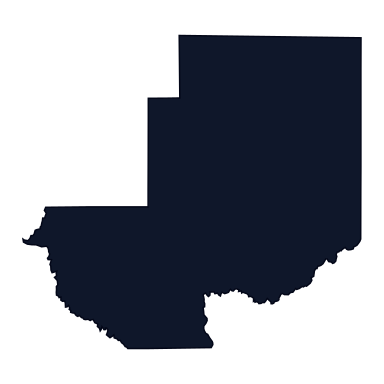 Cacoal, Rondônia, Brazil
{"feature_id": "56859067B12179645667792", "entity_name": "Cacoal", "entity_type": "district", "adm_level": 2, "iso_a3": "BRA", "parent_name": "Brazil", "parent_adm1": "Rondônia", "projection": "natural_earth1", "projection_center": [-61.428, -11.303], "detail": "fine", "context": "isolated", "style": "filled", "palette": "ink", "viewbox_px": 384, "rotation_deg": 0, "n_neighbors": 0, "source": "geoboundaries", "source_scale": "gbopen_adm2", "svg_char_len": 3180}
<svg xmlns="http://www.w3.org/2000/svg" viewBox="0 0 384 384"><path d="M361.0,37.8L203.0,35.8L179.2,35.5L179.8,98.0L166.5,98.2L148.3,98.3L148.3,117.5L148.2,164.9L148.1,190.9L148.1,206.9L125.8,206.9L117.9,206.9L110.3,206.9L95.0,206.9L87.5,206.9L45.7,207.3L44.4,210.4L46.3,213.3L45.2,216.2L44.7,218.1L42.7,218.1L42.4,220.9L41.8,222.9L41.2,226.0L40.2,227.2L40.4,228.8L36.6,229.7L35.2,230.3L34.6,232.4L34.1,234.2L32.8,235.6L31.0,235.6L30.1,238.2L29.2,239.4L27.9,240.7L26.4,240.4L24.4,240.1L23.0,239.1L23.5,242.1L25.0,242.9L27.3,244.1L31.7,244.7L36.1,244.8L39.8,246.1L41.6,246.8L46.6,246.2L47.9,247.7L48.6,249.9L48.7,251.7L49.7,254.0L48.9,256.5L47.5,258.2L48.1,259.6L51.5,259.7L50.0,264.5L50.8,266.1L51.0,270.1L52.1,272.7L56.8,271.2L56.2,273.2L56.6,275.7L54.5,277.4L57.3,280.5L57.8,284.9L56.4,286.5L56.5,289.8L56.3,292.3L56.5,295.1L58.5,296.1L59.1,297.6L60.9,297.1L60.9,300.2L62.6,301.3L64.7,301.0L65.3,303.1L65.5,307.1L67.0,306.9L68.5,305.4L69.8,308.1L69.2,309.3L70.8,310.6L70.7,312.3L72.6,312.9L74.7,313.2L75.4,314.6L76.6,315.8L77.9,316.4L79.1,315.3L81.6,317.6L82.9,317.9L83.7,319.1L85.2,319.6L88.2,319.3L90.2,320.5L91.3,319.8L93.2,319.5L94.0,321.2L94.8,322.7L97.8,324.0L97.4,326.5L99.5,328.3L100.2,330.9L101.1,329.6L101.9,326.6L104.0,329.7L105.7,329.5L105.4,328.1L106.7,328.1L108.0,329.7L107.5,332.1L106.5,334.8L110.0,337.7L112.2,336.3L113.8,335.0L114.2,337.9L117.0,338.8L118.3,340.4L120.3,340.4L121.6,342.7L123.6,344.2L125.2,346.6L126.6,347.0L127.8,348.5L148.4,348.5L175.2,348.1L211.2,347.6L212.8,344.7L212.7,342.9L212.2,341.5L209.5,337.7L207.7,334.4L205.7,333.3L204.2,330.5L203.7,328.4L203.8,326.0L205.8,323.4L207.1,320.6L207.0,318.4L205.7,316.9L203.9,314.8L203.6,311.1L203.1,307.4L204.6,306.8L204.7,303.7L204.0,301.7L204.1,299.3L203.7,297.0L203.1,295.0L204.3,293.7L205.6,293.1L207.1,295.2L208.4,296.5L209.8,295.4L210.0,293.8L209.9,292.1L211.9,292.0L213.9,291.9L214.9,293.7L217.5,293.1L219.0,295.2L220.4,296.0L221.1,293.6L222.1,292.3L223.3,292.9L224.7,293.6L227.0,292.9L228.5,292.3L229.4,290.7L230.5,289.3L232.0,290.8L233.3,291.0L234.8,289.3L236.2,288.7L237.6,289.3L238.9,289.7L238.6,291.5L241.2,290.9L241.7,293.0L242.9,292.2L244.3,292.8L247.0,293.7L248.2,294.8L248.7,296.7L251.0,296.4L253.6,298.2L253.5,301.3L254.7,300.5L255.0,302.2L256.4,301.7L258.1,302.3L258.9,303.6L261.0,303.4L262.4,302.5L264.3,302.6L265.4,301.4L267.3,298.5L268.9,300.1L270.9,301.9L271.1,303.7L272.4,303.8L273.8,303.1L274.4,301.7L277.8,300.8L278.9,299.7L278.9,297.9L280.0,296.2L280.8,294.3L282.5,293.5L284.4,294.6L286.2,294.6L288.3,294.7L290.5,292.5L292.9,292.2L294.7,289.8L295.7,288.5L296.7,289.4L299.3,288.5L302.1,286.5L303.4,286.9L305.1,285.8L306.5,286.2L310.2,283.2L311.8,280.4L311.2,277.7L313.7,276.3L314.4,271.0L315.6,268.7L317.0,268.6L317.8,266.2L319.6,265.9L321.1,265.2L323.0,263.7L324.6,261.1L325.7,259.0L327.1,258.9L328.7,261.6L331.4,262.1L332.6,263.4L334.2,262.8L335.8,261.0L336.0,259.5L336.8,256.4L336.1,254.5L337.1,252.1L338.8,251.9L339.6,250.7L341.2,250.8L342.0,249.6L345.2,247.4L346.6,249.2L348.1,249.9L351.0,249.6L353.3,248.8L353.5,247.1L356.9,245.3L358.3,243.5L359.9,241.2L360.7,239.1L360.8,189.0L360.9,167.0L360.9,68.6L361.0,37.8Z" fill="#0f172a" stroke="#020617" stroke-width="1.5"/></svg>